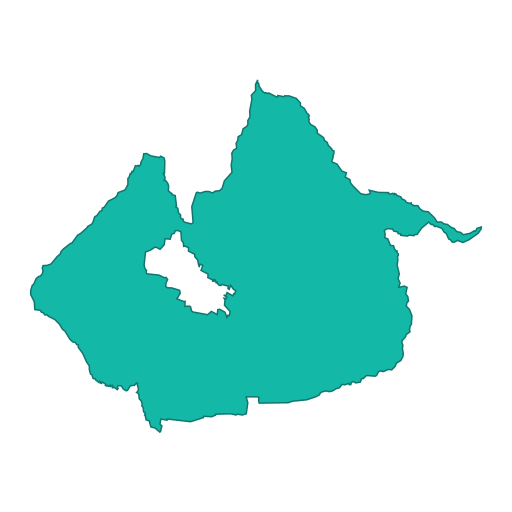 outline of Kediri, Jawa Timur, Indonesia
{"feature_id": "22746128B82286187836997", "entity_name": "Kediri", "entity_type": "district", "adm_level": 2, "iso_a3": "IDN", "parent_name": "Indonesia", "parent_adm1": "Jawa Timur", "projection": "natural_earth1", "projection_center": [112.099, -7.802], "detail": "fine", "context": "isolated", "style": "filled", "palette": "teal", "viewbox_px": 512, "rotation_deg": 0, "n_neighbors": 0, "source": "geoboundaries", "source_scale": "gbopen_adm2", "svg_char_len": 6058}
<svg xmlns="http://www.w3.org/2000/svg" viewBox="0 0 512 512"><path d="M396.4,363.2L400.8,360.5L402.9,356.5L403.3,353.6L402.4,348.2L402.9,345.3L401.8,342.3L402.2,340.6L405.6,336.7L406.0,334.7L410.0,331.8L409.5,329.8L410.1,326.3L411.4,324.3L411.9,315.7L409.5,309.5L406.3,306.1L406.9,302.7L408.5,301.1L407.8,296.6L405.7,293.9L407.1,287.4L404.4,286.1L398.7,287.3L400.1,283.1L398.0,278.5L399.3,274.1L397.1,264.9L397.9,260.0L397.4,256.7L398.3,255.5L398.4,254.1L396.9,252.3L397.1,251.0L396.1,250.9L394.5,249.0L393.5,245.7L390.4,245.4L387.9,239.0L384.8,237.6L385.2,234.5L384.3,230.4L387.5,228.6L392.6,229.1L393.7,231.1L397.6,231.9L398.1,233.6L400.7,234.0L400.7,235.3L407.4,236.1L409.4,235.1L413.9,235.7L414.6,234.7L417.2,234.4L421.6,228.1L428.8,222.1L431.1,224.5L432.7,224.5L434.7,226.5L436.4,226.3L441.8,228.3L444.0,232.0L446.3,233.6L448.7,239.0L450.7,240.0L452.2,242.1L454.5,242.1L457.4,240.4L462.9,242.5L469.1,239.7L478.3,233.2L481.2,228.8L481.3,227.0L477.0,228.3L475.6,231.1L474.2,230.8L470.1,233.3L463.3,234.7L460.6,232.4L456.7,231.6L454.2,228.5L451.1,227.3L447.5,224.5L443.4,223.7L442.4,222.5L440.3,221.9L437.3,222.2L434.5,217.9L428.3,211.8L423.1,211.1L420.0,208.9L417.8,205.6L413.7,205.6L411.4,204.0L411.1,202.8L409.8,203.4L406.4,202.4L405.1,200.4L402.0,198.9L400.6,196.7L396.9,195.5L396.3,194.3L394.5,193.5L394.1,194.6L392.8,193.3L390.1,194.2L388.6,193.5L388.6,192.6L378.3,192.4L369.2,190.2L370.3,193.0L369.9,193.8L366.0,194.7L360.8,193.8L352.5,185.4L350.5,182.8L349.9,179.6L345.2,177.0L346.4,172.8L341.9,171.1L336.9,164.0L332.2,162.0L331.9,160.8L333.2,156.9L332.8,156.4L333.8,154.0L334.0,151.0L332.3,150.3L331.6,148.6L328.3,145.5L327.2,142.4L324.5,140.4L323.6,137.6L317.2,133.1L317.3,130.2L315.0,126.9L310.4,124.3L308.8,121.3L309.3,119.3L308.3,117.3L309.3,116.1L308.7,114.7L306.9,113.1L304.3,108.4L300.4,105.8L300.4,103.0L296.3,98.4L289.1,95.9L284.7,95.8L283.9,96.7L277.9,95.5L277.2,97.0L276.5,96.9L268.8,93.0L268.3,93.6L265.6,92.6L264.8,93.1L262.3,91.1L259.1,86.1L258.6,83.2L257.4,83.1L257.7,79.9L255.5,84.5L255.6,90.6L251.3,95.3L251.9,99.3L249.7,111.0L250.0,116.8L247.8,120.6L247.9,124.3L246.8,126.3L243.1,128.8L241.6,134.6L238.1,136.8L237.8,140.2L236.1,143.4L236.7,148.3L233.6,150.0L231.8,153.2L232.2,158.8L231.2,165.2L232.0,172.3L224.4,180.8L222.2,188.2L219.6,190.7L215.3,191.1L212.4,193.0L209.3,191.6L205.6,191.4L200.0,193.1L197.3,192.2L196.3,192.8L191.8,206.6L193.1,222.8L191.5,223.9L184.6,222.2L183.0,220.6L183.2,219.2L181.3,218.7L180.5,217.5L180.6,214.9L178.5,212.8L177.8,208.3L175.7,206.9L176.5,205.9L175.2,195.5L172.2,194.8L172.1,193.8L168.4,191.0L168.6,185.9L167.8,183.4L165.6,180.5L164.2,180.5L165.1,178.0L164.2,174.8L163.4,174.6L163.7,173.0L164.5,173.1L164.8,161.0L164.1,158.0L160.7,156.2L159.5,157.5L151.0,155.9L146.5,153.5L143.7,153.8L143.0,158.4L140.7,162.8L141.0,163.7L139.5,166.1L138.0,165.4L137.6,166.0L135.4,165.7L133.1,171.7L132.1,171.3L131.0,173.9L130.3,173.6L128.8,177.8L127.9,178.4L127.9,184.5L125.1,189.9L118.1,192.6L117.2,195.4L115.1,197.7L108.4,201.1L104.5,207.0L102.2,208.2L102.0,210.6L100.0,211.3L96.9,215.5L94.6,216.9L92.9,222.4L91.6,224.2L87.7,226.4L86.9,227.9L80.4,233.6L77.7,235.1L71.8,243.2L70.5,243.4L63.6,248.8L61.0,251.6L60.2,254.0L57.2,256.5L51.0,264.0L47.0,265.4L43.0,265.6L42.3,267.9L43.0,270.9L42.4,273.6L40.5,276.0L38.4,276.6L36.1,278.7L33.7,284.2L32.3,285.3L30.7,290.4L30.8,294.8L34.3,301.8L34.8,309.6L40.3,310.3L41.3,312.1L43.1,312.7L45.0,315.0L47.4,314.9L48.4,316.3L54.8,319.5L59.4,324.1L62.5,329.3L65.1,331.3L69.8,339.1L72.7,341.9L75.1,342.4L76.9,344.7L78.3,344.8L78.2,347.3L82.7,353.3L86.5,361.8L89.3,365.9L89.3,369.4L90.5,374.0L92.0,374.9L93.1,378.5L95.4,378.9L95.7,380.0L99.0,382.5L101.1,383.2L100.6,382.1L101.7,382.9L102.2,382.0L105.8,384.4L105.4,385.4L106.8,386.1L107.7,385.5L108.4,386.3L110.0,385.3L109.9,386.4L110.9,386.7L112.2,385.3L113.0,386.5L112.6,387.7L114.4,387.5L117.3,389.6L118.1,388.6L117.4,387.1L117.8,385.7L121.4,385.9L123.2,388.9L125.9,390.7L127.4,390.5L130.3,385.8L134.5,385.3L136.5,383.0L137.5,383.2L137.2,384.1L138.5,389.3L137.6,391.7L136.6,392.3L138.8,394.1L139.2,398.8L141.2,400.9L142.2,404.0L141.8,405.9L143.1,407.4L143.6,411.9L145.2,412.9L144.9,414.4L145.7,413.8L145.1,415.0L146.1,419.9L149.3,420.9L150.8,426.9L155.0,428.0L159.8,432.1L160.5,431.6L161.9,425.9L160.0,424.3L160.8,419.0L167.0,420.2L167.2,419.0L190.5,421.7L203.4,417.6L203.5,416.3L211.8,416.7L215.6,415.1L215.6,414.2L230.5,413.8L236.1,415.0L237.3,414.2L242.4,415.0L246.2,413.8L246.4,412.9L247.8,402.7L246.2,396.9L257.6,396.8L258.8,397.5L258.6,400.9L259.2,403.1L288.2,402.7L292.6,401.2L306.7,399.8L316.2,396.6L319.4,394.8L320.4,392.9L322.1,391.9L326.1,390.9L329.3,391.7L332.8,390.8L335.9,388.8L339.5,387.7L342.0,384.4L344.7,384.8L348.8,383.4L349.1,384.6L350.8,384.6L351.5,382.2L353.4,381.6L355.8,382.9L360.3,382.1L361.6,378.6L363.2,378.6L366.6,375.5L375.1,376.2L376.5,375.5L378.5,371.7L380.9,370.9L383.3,371.6L388.1,369.5L391.7,369.8L395.2,366.3L396.4,363.2ZM177.9,230.5L180.9,231.8L181.5,240.3L183.4,242.8L183.6,246.4L184.9,246.1L188.5,247.7L188.5,251.1L194.6,254.3L194.9,256.9L197.6,259.9L198.9,266.2L199.3,266.5L200.1,264.1L202.8,265.4L201.0,270.4L208.1,274.1L207.8,277.5L212.3,279.8L212.8,281.3L213.8,281.2L214.0,279.5L215.2,280.0L214.9,280.9L216.9,282.1L216.1,282.7L217.3,283.1L218.7,285.0L220.7,285.6L221.9,284.5L228.2,286.1L228.0,288.6L229.2,289.4L230.7,285.2L233.5,289.4L235.7,290.4L234.7,294.0L233.7,293.7L232.9,295.9L227.1,292.5L225.8,295.7L223.7,295.0L226.8,297.2L226.2,298.6L224.0,298.2L225.0,300.0L224.5,305.2L230.1,311.6L229.2,315.6L227.6,315.4L226.9,317.4L225.0,312.2L219.7,309.3L217.8,309.6L217.2,314.5L211.3,311.4L207.6,314.7L193.0,312.0L191.4,310.7L190.7,307.1L189.4,306.1L184.9,306.4L185.1,301.3L184.0,301.6L176.9,298.8L180.2,293.3L179.6,290.3L171.7,287.9L167.6,287.8L165.7,286.5L166.0,283.0L167.6,279.5L166.2,277.5L164.1,277.6L159.0,275.1L146.8,273.8L146.1,272.0L146.6,270.7L144.9,268.4L144.1,265.1L145.5,252.0L150.1,250.3L154.8,247.3L156.3,247.3L160.1,249.3L164.2,244.8L165.1,238.7L170.2,239.2L171.7,234.2L174.4,233.2L175.1,230.8L177.9,230.5Z" fill="#14b8a6" stroke="#0f766e" stroke-width="1.5"/></svg>